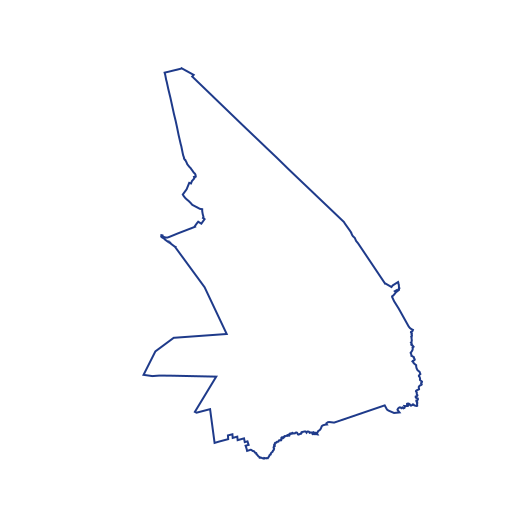 outline of Juan Aldama, Zacatecas, Mexico, rotated 167°
{"feature_id": "50627088B44222614313729", "entity_name": "Juan Aldama", "entity_type": "district", "adm_level": 2, "iso_a3": "MEX", "parent_name": "Mexico", "parent_adm1": "Zacatecas", "projection": "mercator", "projection_center": [-103.312, 24.255], "detail": "fine", "context": "isolated", "style": "outline", "palette": "blue", "viewbox_px": 512, "rotation_deg": 167, "n_neighbors": 0, "source": "geoboundaries", "source_scale": "gbopen_adm2", "svg_char_len": 5824}
<svg xmlns="http://www.w3.org/2000/svg" viewBox="0 0 512 512"><g transform="rotate(167 256 256)"><path d="M119.7,148.7L120.7,149.5L121.4,150.2L122.3,151.3L123.1,153.0L128.8,172.7L131.6,180.8L132.6,185.5L132.5,186.0L132.2,186.3L131.3,186.5L129.5,187.8L127.7,189.3L128.6,190.5L126.2,191.2L126.0,190.7L125.4,190.7L125.6,190.2L124.3,190.8L124.1,192.0L123.8,192.0L123.5,192.4L123.8,192.9L123.3,196.0L123.5,196.7L123.3,197.8L123.4,198.7L129.4,196.6L131.0,195.3L131.8,196.1L136.3,200.3L136.5,200.2L153.7,245.4L155.1,248.2L155.7,251.4L157.1,253.5L157.5,254.5L158.1,257.4L158.0,257.5L158.3,258.3L158.4,258.5L158.8,259.6L162.1,267.6L162.7,269.4L205.0,333.6L213.5,346.9L221.1,358.4L240.7,388.2L277.5,444.8L277.8,445.2L276.0,446.5L286.3,455.7L286.6,455.4L303.8,455.2L303.7,452.7L303.9,448.1L303.8,445.6L303.9,438.6L303.8,429.3L304.0,412.9L303.9,405.7L304.0,398.6L304.2,391.5L304.2,382.0L304.1,379.7L304.3,372.5L304.3,370.3L304.0,368.0L304.2,367.7L304.2,367.1L303.7,365.7L303.3,365.6L302.9,363.7L302.7,363.2L302.3,360.8L300.8,357.7L299.8,356.1L299.6,355.4L298.8,353.6L297.9,351.3L297.0,350.0L296.7,348.9L296.8,347.0L297.1,346.7L297.8,347.0L298.5,347.0L298.4,346.6L298.6,346.5L298.7,345.5L301.6,343.4L303.0,341.3L304.6,342.3L308.6,336.6L313.5,332.4L312.9,330.5L311.7,328.1L310.6,326.5L309.2,324.7L307.7,322.3L306.6,320.2L300.1,314.6L297.9,313.7L298.3,311.9L298.5,308.9L298.4,305.9L299.1,305.0L298.3,304.3L297.8,303.5L302.0,299.8L304.6,302.4L306.3,301.1L309.1,298.6L308.9,298.2L310.1,298.0L327.0,295.6L333.7,294.5L336.2,294.1L338.3,293.9L339.8,294.3L342.8,296.0L342.8,296.8L342.4,296.8L342.4,297.1L343.5,297.6L344.0,296.2L343.8,295.8L343.1,295.0L342.3,294.3L341.6,294.5L341.7,293.7L341.0,292.5L338.6,289.7L337.8,289.8L337.4,288.4L336.5,288.3L336.3,287.3L333.3,283.7L332.6,283.1L332.8,283.0L313.1,237.1L302.1,186.6L354.6,194.8L375.5,185.7L392.3,165.5L384.0,162.3L376.9,161.2L363.7,158.0L321.9,147.4L350.6,117.9L349.2,116.7L335.2,117.1L338.4,83.2L333.7,83.5L324.3,83.8L323.7,87.5L319.1,87.6L319.6,84.0L314.9,84.2L315.3,80.7L308.7,81.0L308.8,77.2L306.0,77.3L305.7,73.6L308.8,73.5L308.5,69.7L308.5,68.1L304.7,68.4L304.2,68.1L303.0,66.7L302.3,66.5L302.1,66.4L301.7,65.9L301.2,64.6L300.1,63.9L300.0,63.5L300.2,63.0L300.1,62.6L299.6,62.1L298.7,60.2L297.8,59.3L297.7,59.1L297.8,58.6L297.5,58.4L296.8,58.6L295.8,58.0L295.4,57.6L293.9,56.8L293.5,57.4L291.5,56.5L291.0,56.7L290.0,56.3L288.2,58.0L287.6,58.9L286.3,59.3L286.1,60.2L285.2,60.9L283.8,61.6L283.3,62.5L283.1,62.5L282.2,63.2L281.7,64.3L281.9,64.6L282.0,65.3L281.4,66.4L281.1,66.5L280.8,66.3L280.6,66.4L280.7,67.1L280.9,67.6L280.9,67.8L280.7,67.9L280.4,67.6L280.2,67.6L280.0,68.1L280.1,68.6L280.0,68.9L279.6,69.5L279.2,69.7L278.1,69.5L277.6,69.9L277.5,70.2L277.2,70.3L276.2,70.1L275.9,70.1L275.0,71.2L274.5,71.2L273.2,70.7L272.9,70.8L272.8,71.0L272.9,71.6L272.6,72.0L272.3,72.0L272.2,72.3L272.2,73.1L271.7,73.5L271.3,73.5L271.0,73.2L270.9,72.6L270.7,72.4L270.0,72.7L269.7,72.9L269.9,73.3L269.8,73.5L268.5,74.1L268.3,74.0L268.3,73.7L266.8,74.0L266.1,73.7L265.9,73.9L265.7,74.4L265.3,74.5L264.9,74.4L264.6,74.5L264.4,74.2L264.4,73.5L264.2,73.4L263.9,73.5L263.7,73.9L264.0,74.7L263.4,75.0L262.8,74.9L262.6,75.4L262.4,75.4L261.8,74.9L261.1,75.1L261.0,74.8L260.8,74.8L260.5,75.5L260.3,75.5L260.0,74.9L259.8,74.7L258.8,74.7L258.1,74.4L256.9,75.0L256.5,75.0L255.8,74.6L255.5,73.8L255.3,72.8L255.0,72.5L254.5,72.4L253.5,72.7L252.0,72.7L251.6,73.1L251.7,73.4L251.6,73.7L251.5,73.9L251.2,74.1L248.1,74.1L247.5,74.0L247.0,73.6L246.5,72.5L245.8,73.2L245.4,73.4L244.8,73.3L244.4,73.1L243.9,72.8L243.7,72.4L243.7,72.1L243.5,71.6L243.1,71.6L242.2,71.8L241.8,71.6L241.1,71.0L241.0,69.9L240.8,69.6L240.6,69.6L240.3,70.1L240.3,71.0L240.1,71.4L239.8,71.5L239.6,71.4L239.1,70.6L238.9,70.0L238.9,69.2L238.5,69.1L238.3,69.4L238.2,70.5L237.5,70.3L237.0,68.8L236.5,68.4L236.2,68.3L236.5,69.3L236.1,70.1L235.3,70.7L234.7,71.5L233.4,71.9L232.7,72.3L232.2,72.7L231.1,74.0L230.3,75.3L229.6,75.7L228.6,76.0L226.4,76.1L225.0,75.9L225.3,76.5L225.0,77.2L223.2,77.9L221.8,77.7L217.4,76.1L164.2,81.5L162.9,76.9L161.7,75.6L156.8,72.0L151.4,71.3L152.6,73.9L152.7,74.5L151.9,75.4L150.6,76.1L149.8,76.2L149.1,75.7L148.6,75.0L147.4,75.5L146.7,74.4L145.5,74.6L145.0,75.4L145.2,76.5L144.0,76.1L141.7,75.7L141.0,76.5L141.2,77.2L142.2,77.3L142.2,77.6L142.1,78.0L141.8,78.1L140.8,78.0L140.3,77.7L139.8,77.2L139.4,76.7L139.1,75.7L138.9,75.4L138.6,75.3L137.7,75.6L136.9,75.6L136.7,75.9L136.7,76.1L136.4,76.2L136.0,75.9L135.4,74.9L135.0,74.6L133.2,73.7L132.8,73.7L132.6,73.8L132.3,76.0L131.9,76.4L131.9,76.9L132.0,77.0L131.9,77.2L132.0,77.3L132.0,77.8L132.4,78.1L132.3,78.9L131.7,78.7L131.3,78.9L131.0,79.7L130.5,79.9L130.4,80.2L130.4,80.8L130.9,81.1L131.1,81.1L131.7,81.7L132.0,81.9L132.2,82.7L132.0,83.2L130.7,83.3L130.1,83.7L130.1,84.5L130.4,85.1L130.3,86.0L130.0,87.0L130.4,87.6L130.6,88.2L130.4,88.6L129.6,89.0L127.8,89.3L127.1,89.5L127.0,90.0L127.0,91.2L126.8,91.9L125.9,92.7L125.2,93.0L124.7,93.0L123.7,93.3L123.4,93.6L123.4,93.9L123.8,94.9L123.7,95.1L122.6,95.9L122.5,96.2L122.6,96.4L123.8,97.8L124.1,98.3L124.1,98.6L123.7,99.7L123.8,101.3L124.3,102.2L124.2,102.8L123.3,103.5L122.4,104.0L122.7,106.4L124.3,108.4L124.8,110.5L124.8,112.2L124.5,113.6L126.1,115.6L126.4,116.3L126.6,116.5L126.7,117.4L127.3,118.1L126.9,118.5L126.1,118.6L124.8,119.1L124.6,119.4L124.7,120.1L125.1,121.1L124.9,121.8L126.4,123.4L127.0,123.7L126.8,125.4L127.0,125.9L127.1,126.9L125.7,128.0L124.6,129.3L124.1,130.5L124.1,131.5L122.9,132.1L123.6,133.6L124.4,134.0L124.6,134.4L124.6,134.7L124.6,134.9L124.0,135.2L124.0,135.5L124.5,136.8L123.7,137.2L123.5,138.2L123.2,138.6L123.1,139.2L123.0,140.7L122.8,141.1L122.7,141.6L123.0,142.4L122.9,142.6L122.3,142.8L122.0,143.1L122.0,143.6L122.1,144.6L121.6,145.0L121.6,145.4L121.9,146.1L122.2,146.5L122.2,146.9L122.0,147.2L121.1,147.2L120.3,147.8L119.7,148.7Z" fill="none" stroke="#1e3a8a" stroke-width="2"/></g></svg>